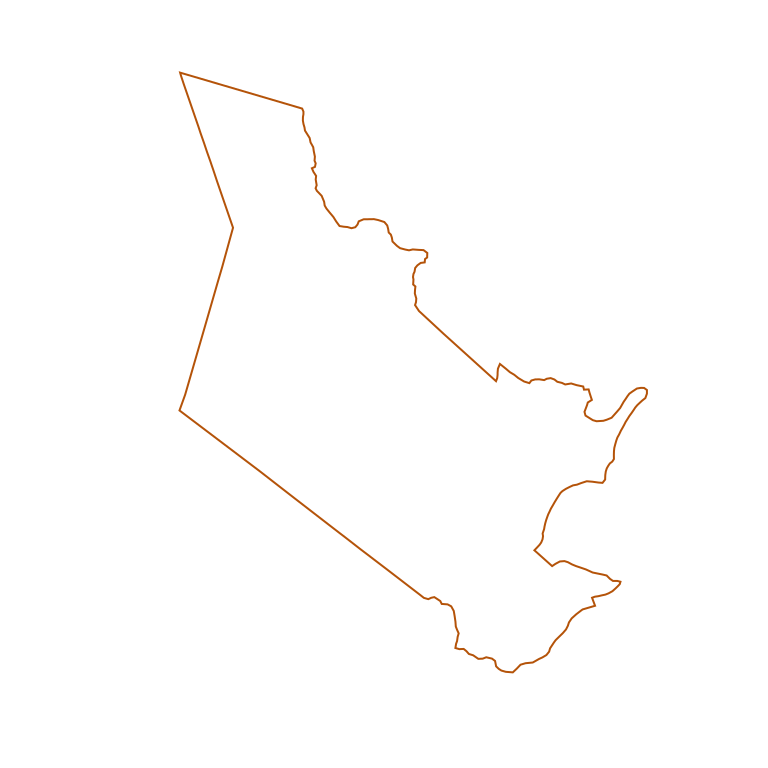 Tutóia, Maranhão, Brazil, rotated 106°
{"feature_id": "56859067B80807231279111", "entity_name": "Tutóia", "entity_type": "district", "adm_level": 2, "iso_a3": "BRA", "parent_name": "Brazil", "parent_adm1": "Maranhão", "projection": "equal_earth", "projection_center": [-42.396, -2.926], "detail": "fine", "context": "isolated", "style": "outline", "palette": "amber", "viewbox_px": 768, "rotation_deg": 106, "n_neighbors": 0, "source": "geoboundaries", "source_scale": "gbopen_adm2", "svg_char_len": 3694}
<svg xmlns="http://www.w3.org/2000/svg" viewBox="0 0 768 768"><g transform="rotate(106 384 384)"><path d="M627.1,192.2L627.1,187.6L625.7,180.7L621.0,177.9L616.2,175.4L613.4,171.0L610.7,164.2L605.5,159.1L603.2,156.4L599.8,153.2L595.8,151.5L592.3,151.5L585.6,149.4L582.9,148.4L578.3,145.8L574.1,143.4L569.8,141.4L565.7,140.6L562.2,140.5L557.6,139.0L552.3,135.7L548.1,132.6L546.0,131.0L539.0,120.0L532.1,125.1L530.3,122.6L528.9,119.5L527.2,116.5L525.4,113.1L523.3,110.4L520.2,107.3L516.7,105.1L514.1,103.6L511.4,102.2L508.9,102.2L509.0,105.5L510.2,109.6L509.0,113.1L506.7,117.2L506.9,121.3L507.7,131.5L507.2,134.7L506.6,138.8L506.3,144.6L506.1,149.2L505.6,153.6L504.6,158.1L504.5,161.7L506.1,166.0L509.6,169.6L512.7,172.2L502.4,193.6L498.6,191.6L495.6,190.1L493.0,189.2L489.6,188.8L486.4,189.2L484.0,190.3L479.3,190.1L476.8,190.4L473.5,190.6L470.0,190.6L466.5,190.4L463.9,190.2L461.1,189.7L457.8,189.2L454.3,188.3L450.6,187.4L446.6,186.3L442.5,185.1L440.0,184.3L437.8,183.0L434.7,180.3L431.8,177.2L429.3,174.3L427.6,170.8L424.9,167.2L421.6,162.3L420.5,156.8L419.6,150.6L418.8,146.7L414.9,145.1L410.5,146.2L406.9,146.7L403.7,146.6L400.8,145.9L398.1,145.0L395.7,143.2L392.8,142.3L388.8,143.5L385.3,144.4L382.0,145.0L378.1,145.1L374.3,145.1L371.1,144.9L367.8,144.1L363.5,143.4L359.9,142.5L356.7,141.8L354.0,141.3L350.3,140.2L347.1,139.3L343.6,138.0L340.0,136.8L337.4,136.0L334.5,134.7L331.3,132.8L328.7,131.2L325.5,128.9L320.8,128.6L317.3,129.6L316.1,132.9L316.9,136.0L318.6,139.6L322.8,143.2L325.7,145.5L328.6,146.6L331.8,147.6L335.0,148.7L339.1,149.7L342.0,150.4L346.4,152.4L353.7,155.9L357.0,160.1L358.9,163.0L361.2,169.4L361.2,173.3L358.8,181.6L355.5,183.6L348.3,183.0L345.6,183.0L342.0,179.8L339.1,181.8L335.5,184.2L332.8,185.8L334.3,190.2L331.5,191.8L332.0,198.6L331.9,204.2L334.5,209.7L333.9,213.3L334.1,218.0L332.7,221.4L332.4,225.4L334.1,229.0L336.1,231.1L336.7,236.0L337.9,239.9L340.0,243.3L343.1,244.5L343.0,250.0L341.2,256.7L339.2,261.4L337.9,266.3L335.8,270.9L332.8,278.1L337.9,278.7L341.5,278.0L344.1,277.3L347.2,276.8L350.4,277.1L319.4,340.4L304.2,370.5L299.6,375.9L296.5,375.8L293.0,376.5L288.5,379.3L285.1,380.1L281.6,380.7L280.3,383.4L275.4,384.5L273.2,385.6L270.1,386.0L267.7,385.6L263.9,386.0L260.7,384.6L257.5,382.1L255.9,378.4L252.6,379.0L250.5,377.4L246.1,378.5L244.4,382.9L245.6,388.0L246.7,393.4L248.6,396.8L248.9,400.7L249.0,406.0L247.6,409.7L244.7,415.1L241.1,416.8L238.5,418.6L237.1,421.2L233.7,422.8L230.7,424.6L228.2,428.3L228.0,434.8L228.3,439.1L229.7,443.7L231.3,449.0L234.6,453.1L238.0,453.4L241.2,454.8L243.2,458.2L243.2,462.4L243.9,466.0L244.4,470.3L241.0,474.7L237.4,478.7L234.1,483.6L231.2,487.7L228.8,490.2L225.3,491.8L220.3,495.8L216.8,501.8L214.7,503.7L211.5,503.5L206.3,506.0L202.7,506.6L199.6,510.2L196.5,512.8L194.3,510.2L190.7,510.5L188.5,512.3L184.5,513.1L179.3,515.8L175.9,517.3L172.0,521.2L168.0,523.3L162.2,529.8L159.2,531.2L156.4,533.0L153.1,534.6L149.7,535.5L146.9,535.8L144.4,536.5L141.8,538.6L140.9,665.8L143.5,664.2L150.7,659.3L187.8,633.3L193.4,629.5L202.0,623.4L209.7,618.1L218.1,612.1L221.3,609.9L225.0,607.3L235.1,600.4L275.4,572.2L315.9,571.8L331.0,571.9L381.6,572.0L449.1,572.2L465.8,573.3L502.0,479.6L509.1,461.9L518.4,438.7L535.0,397.0L539.8,384.9L541.9,379.5L549.3,361.1L561.2,330.6L576.6,291.6L578.6,286.7L578.6,282.1L576.5,279.7L575.0,276.9L576.0,273.6L577.1,270.1L579.5,267.9L578.3,262.1L579.2,258.1L582.9,254.4L587.9,252.0L592.8,249.8L597.4,248.1L600.0,246.1L603.1,243.5L606.8,243.5L611.0,242.9L613.8,243.1L618.1,242.6L618.1,238.5L616.7,234.4L618.1,231.1L620.1,228.0L620.2,223.5L622.2,217.6L620.8,213.4L618.5,210.4L618.2,204.5L619.6,200.9L624.5,198.4L626.2,195.2L627.1,192.2Z" fill="none" stroke="#b45309" stroke-width="2"/></g></svg>